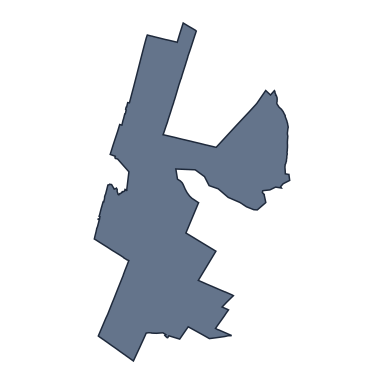 outline of Balta Alba, Buzau, Romania
{"feature_id": "2599482B44648536645851", "entity_name": "Balta Alba", "entity_type": "district", "adm_level": 2, "iso_a3": "ROU", "parent_name": "Romania", "parent_adm1": "Buzau", "projection": "orthographic", "projection_center": [27.325, 45.281], "detail": "fine", "context": "isolated", "style": "filled", "palette": "slate", "viewbox_px": 384, "rotation_deg": 0, "n_neighbors": 0, "source": "geoboundaries", "source_scale": "gbopen_adm2", "svg_char_len": 5818}
<svg xmlns="http://www.w3.org/2000/svg" viewBox="0 0 384 384"><path d="M196.3,31.1L195.5,30.3L191.8,28.1L188.8,26.4L183.2,23.0L180.0,33.0L177.2,42.3L177.0,42.2L168.2,40.1L165.7,39.6L160.1,38.2L153.2,36.5L152.6,36.3L151.8,36.1L151.1,36.0L147.3,35.0L147.2,35.2L146.2,38.2L144.3,45.2L142.5,52.2L140.9,58.4L137.6,71.4L134.6,83.1L133.2,88.5L131.7,94.1L130.3,99.5L129.6,102.2L129.4,102.8L127.7,102.6L126.6,107.1L126.2,107.1L125.9,108.1L125.6,109.4L125.8,109.6L126.1,109.8L126.0,110.2L126.1,110.4L126.0,110.7L125.5,113.0L125.3,113.8L124.8,113.8L124.4,115.3L123.5,118.9L123.0,120.4L121.9,125.1L120.0,124.6L119.7,124.5L118.3,129.2L117.6,131.5L116.6,134.5L115.6,137.5L112.8,146.0L112.2,148.0L110.2,154.4L115.3,156.3L115.0,157.1L115.0,157.7L115.0,157.8L115.2,158.2L115.5,158.5L116.7,158.7L117.7,159.1L128.9,171.8L126.8,189.3L126.8,190.0L126.6,189.9L126.2,190.5L125.8,190.4L125.6,189.6L125.0,189.4L124.8,190.3L124.1,191.4L123.6,191.6L122.4,191.6L121.2,192.9L121.4,192.9L120.3,193.7L119.8,193.6L119.5,193.7L118.9,194.8L118.4,194.7L118.0,194.3L117.8,193.4L117.1,191.3L117.2,190.1L117.2,189.4L116.4,188.1L115.9,188.5L114.2,189.1L113.8,188.6L113.8,188.2L112.5,186.2L111.7,184.7L111.0,184.4L110.6,184.5L109.7,184.2L109.2,184.7L107.9,185.0L105.6,194.1L105.3,194.7L105.1,195.1L104.9,195.8L104.7,196.4L104.6,196.8L104.6,197.2L104.5,198.8L104.3,199.6L104.0,200.7L103.7,201.9L103.2,201.7L103.0,202.1L102.0,205.7L101.1,208.8L100.4,211.6L99.7,214.5L99.2,215.9L99.1,216.4L99.9,216.6L99.8,217.3L99.5,219.2L98.3,218.9L98.2,219.4L99.3,219.7L98.5,222.8L98.2,223.9L97.6,226.2L97.2,227.4L96.8,228.2L96.7,228.5L96.4,230.3L96.3,230.5L96.2,231.2L95.6,233.6L95.2,235.2L94.3,239.0L95.0,239.4L96.2,240.1L96.8,240.5L99.3,242.1L103.1,244.5L105.5,246.0L107.1,247.0L111.8,250.1L120.6,255.5L123.3,257.3L123.7,257.6L123.8,257.9L125.5,258.9L126.8,259.7L127.0,259.9L127.3,259.9L128.8,260.6L128.4,261.6L127.7,263.4L127.5,263.9L127.4,264.3L125.0,270.3L124.2,272.5L123.5,274.3L123.2,275.4L122.0,278.4L117.8,288.9L113.5,299.8L112.4,302.4L107.7,314.3L105.8,318.3L102.7,325.6L100.2,331.5L98.3,336.0L100.7,337.8L100.8,337.8L101.6,338.4L106.5,341.8L111.5,345.4L114.0,347.1L119.7,351.2L119.8,351.3L128.4,357.4L133.4,361.0L140.3,346.2L141.1,344.4L143.5,339.2L146.2,333.1L148.8,332.7L151.4,332.9L151.7,333.1L156.4,333.3L162.9,332.8L165.8,334.6L164.8,335.4L165.7,336.4L165.8,336.3L167.0,337.6L167.7,337.7L168.9,335.8L179.7,339.1L185.7,330.4L188.2,326.8L198.2,332.3L202.9,334.9L209.4,338.6L219.4,337.3L224.8,336.5L227.9,335.8L229.0,335.7L231.0,335.7L231.1,335.3L218.5,329.8L217.6,329.6L215.5,328.4L218.0,324.8L222.3,318.8L224.5,315.7L226.0,313.4L228.5,309.9L222.8,307.3L222.1,307.0L226.9,302.0L231.9,297.1L233.4,295.7L232.6,295.2L232.0,294.9L229.3,293.7L224.9,291.8L224.6,291.8L206.0,283.8L198.3,280.4L212.1,257.5L215.9,251.2L185.9,233.0L198.4,203.1L198.6,202.7L197.9,202.3L194.8,200.2L191.9,198.3L189.7,196.2L187.1,192.7L186.5,191.6L185.1,189.0L183.1,184.4L182.1,182.7L180.3,180.9L177.5,179.2L176.1,170.6L175.8,169.0L195.2,169.8L204.5,176.6L209.1,185.6L218.2,188.8L228.2,197.4L240.0,202.5L246.5,206.8L253.8,209.7L257.3,209.9L265.3,203.0L265.8,202.5L264.2,195.0L264.0,194.7L264.2,194.4L262.4,192.6L262.7,190.8L263.4,190.6L269.9,189.9L275.6,187.1L280.0,187.8L281.4,188.0L280.6,186.7L283.2,183.7L289.7,180.4L288.9,174.4L288.1,174.4L287.9,174.3L285.3,173.8L285.3,173.7L285.2,170.7L284.9,166.8L285.0,166.3L285.1,166.0L285.1,165.4L285.1,164.9L285.1,164.7L285.4,164.1L285.6,163.8L285.8,163.2L285.9,162.5L286.1,162.1L286.3,161.5L286.4,161.3L286.4,161.1L286.4,160.9L286.5,159.6L286.5,159.2L286.6,158.8L286.8,158.0L286.8,157.8L286.8,157.3L286.8,157.1L286.8,156.2L286.9,155.6L287.2,154.4L287.2,154.0L287.2,153.7L287.2,153.3L287.1,153.0L287.0,152.6L287.1,152.0L287.1,151.5L287.1,151.4L287.2,151.2L287.3,150.8L287.3,150.3L287.3,149.7L287.4,148.5L287.5,147.4L287.5,146.6L287.5,146.1L287.5,145.7L287.5,145.1L287.5,144.6L287.4,144.2L287.4,143.3L287.4,142.6L287.4,141.5L287.5,140.8L287.5,140.5L287.5,140.0L287.5,139.8L287.6,138.9L287.7,138.1L287.7,137.4L287.8,137.0L287.8,136.0L287.7,135.7L287.6,135.1L287.5,134.5L287.4,134.1L287.4,133.5L287.4,132.9L287.4,132.7L287.5,132.0L287.6,131.2L287.6,130.9L287.7,130.6L287.7,130.0L287.8,129.4L287.9,128.9L287.9,128.5L288.1,127.9L288.2,127.2L288.1,126.9L288.1,126.3L288.0,125.9L287.8,125.2L287.7,124.6L287.6,123.8L287.5,123.2L287.3,122.9L287.3,122.6L287.0,121.7L287.0,121.3L286.9,121.0L286.7,120.5L286.3,119.4L285.9,118.4L285.5,117.4L285.3,116.9L285.2,116.4L285.2,115.9L285.2,115.6L284.9,115.0L284.6,114.5L284.4,114.1L284.1,113.7L283.7,112.7L283.3,112.0L283.1,111.5L282.7,111.0L282.4,110.7L282.2,110.3L281.8,109.8L281.5,109.3L280.9,108.8L280.5,108.5L280.0,108.0L279.8,107.8L279.1,107.2L278.7,106.6L278.2,105.8L277.4,104.6L277.1,104.1L276.9,103.6L276.8,103.2L276.8,102.7L276.9,102.2L277.0,101.7L277.1,101.4L277.1,100.8L277.1,99.8L277.2,99.1L277.1,98.8L277.1,97.9L276.9,97.2L276.7,96.7L276.5,96.1L276.3,95.9L276.3,95.7L276.1,95.6L275.7,95.2L275.9,94.9L275.9,94.7L275.7,94.3L275.4,93.7L275.0,92.8L275.0,92.6L275.0,92.3L275.0,92.1L274.9,91.6L274.8,91.3L274.6,90.9L274.4,90.6L270.5,95.0L265.7,90.5L256.9,103.3L255.7,104.7L249.1,111.9L236.7,125.1L216.2,147.3L215.0,147.1L213.1,146.6L209.6,145.8L208.4,145.5L207.6,145.3L205.3,144.8L203.4,144.3L199.8,143.4L196.8,142.7L193.4,141.9L191.5,141.4L189.4,140.9L187.6,140.5L185.1,139.9L182.8,139.4L180.4,138.8L178.7,138.4L176.8,137.9L174.4,137.3L170.4,136.4L169.6,136.2L163.1,134.7L164.0,132.2L165.1,128.9L165.7,127.1L166.7,124.2L167.3,122.6L167.9,120.5L168.6,118.2L170.5,112.4L172.3,106.6L173.6,102.8L173.8,101.9L174.0,101.2L174.7,99.2L176.6,92.8L178.9,84.9L179.3,83.7L180.1,81.3L180.7,79.3L181.1,78.7L182.1,75.1L184.3,68.2L185.3,65.1L186.0,62.8L186.3,61.7L186.9,60.0L187.7,57.3L188.0,56.0L189.7,51.2L190.7,48.2L195.0,34.9L195.5,33.5L195.9,32.2L196.3,31.1Z" fill="#64748b" stroke="#1e293b" stroke-width="1.5"/></svg>